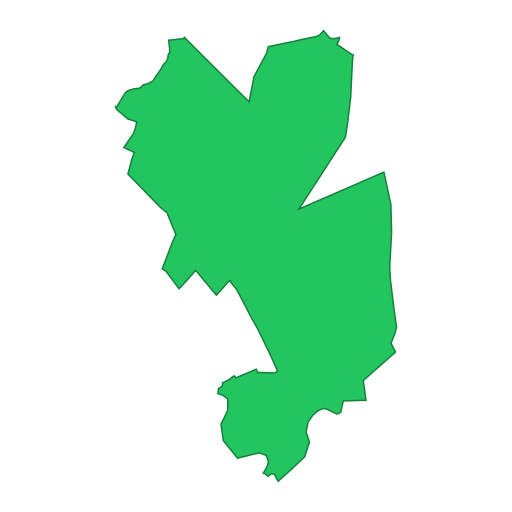 outline of Eleme, Rivers, Nigeria
{"feature_id": "59680162B65190975434062", "entity_name": "Eleme", "entity_type": "district", "adm_level": 2, "iso_a3": "NGA", "parent_name": "Nigeria", "parent_adm1": "Rivers", "projection": "natural_earth1", "projection_center": [7.122, 4.777], "detail": "fine", "context": "isolated", "style": "filled", "palette": "green", "viewbox_px": 512, "rotation_deg": 0, "n_neighbors": 0, "source": "geoboundaries", "source_scale": "gbopen_adm2", "svg_char_len": 2294}
<svg xmlns="http://www.w3.org/2000/svg" viewBox="0 0 512 512"><path d="M237.5,458.2L253.6,454.2L259.4,452.9L266.2,455.4L268.4,461.3L267.4,465.9L263.3,473.2L264.9,473.7L268.2,476.3L270.8,474.0L274.2,474.0L278.1,481.3L292.5,468.3L304.6,456.9L309.5,442.1L306.1,432.0L308.1,422.0L312.9,415.1L318.5,410.5L322.0,409.0L323.7,408.5L325.9,408.8L337.2,414.1L340.7,412.4L343.3,400.9L366.0,400.3L363.3,380.5L395.6,352.0L391.0,343.3L395.2,332.8L396.5,327.1L395.5,319.6L394.1,309.5L390.5,280.4L389.7,266.9L391.6,232.7L390.9,204.5L383.9,172.1L299.0,209.0L345.4,137.2L347.8,121.6L350.7,97.0L352.5,59.6L353.2,54.9L351.8,54.5L348.2,51.9L345.9,50.5L342.8,48.3L341.3,47.3L338.6,45.5L336.9,44.4L338.5,41.3L339.3,38.8L339.6,37.5L335.7,38.4L333.0,38.6L331.8,38.6L330.7,38.3L330.3,38.1L329.1,37.3L327.0,34.8L323.6,30.7L322.6,31.8L321.3,33.2L319.8,34.8L318.5,35.7L316.6,36.4L315.4,36.8L312.7,37.2L302.9,39.2L292.4,41.7L268.3,46.6L266.6,53.1L264.3,57.4L254.0,76.6L249.1,101.8L229.2,82.1L200.7,53.7L184.3,37.3L183.7,38.5L174.8,39.6L168.7,40.2L169.9,52.1L168.6,53.9L168.1,55.6L167.8,58.1L166.7,60.8L165.8,62.5L164.6,63.1L163.0,65.2L160.5,69.6L157.7,73.8L155.4,77.0L153.8,79.6L153.0,81.0L151.4,81.8L148.6,83.2L147.5,83.9L143.5,84.7L142.6,85.4L140.7,87.4L139.8,88.1L138.7,88.3L133.8,88.9L132.4,89.3L130.3,89.8L128.9,90.4L127.3,91.1L125.8,92.3L124.5,94.1L123.4,95.8L121.2,99.5L119.7,102.0L118.1,104.6L117.3,106.2L116.7,106.5L115.5,106.5L115.5,107.2L115.9,108.2L117.0,109.7L118.1,110.7L119.8,112.1L121.2,113.3L124.0,115.7L125.7,117.1L127.3,118.6L128.4,119.2L130.9,119.9L136.7,121.9L136.3,124.0L135.9,125.9L135.5,127.5L134.6,130.5L133.0,134.3L123.8,147.5L134.4,152.5L132.2,158.0L127.9,174.0L160.3,207.3L167.0,212.8L175.9,234.7L173.2,240.2L162.2,268.9L166.0,271.3L179.1,288.8L187.6,279.6L195.7,270.4L216.4,295.2L222.8,288.1L226.5,283.6L228.3,281.9L228.8,281.5L230.1,280.5L231.5,283.2L234.0,286.3L236.9,289.9L250.3,315.7L258.1,329.7L270.5,355.3L277.6,371.1L275.5,372.5L274.0,373.0L272.6,372.9L258.6,372.4L257.7,372.8L256.4,369.3L256.2,369.2L253.6,370.3L243.1,374.8L235.9,377.8L235.3,377.0L234.0,375.9L233.1,376.4L231.0,378.1L228.6,379.9L222.6,382.8L222.1,386.3L218.5,388.5L217.9,393.6L223.4,395.6L227.7,398.8L227.7,410.0L224.6,416.9L221.0,424.1L223.3,440.6L237.5,458.2Z" fill="#22c55e" stroke="#15803d" stroke-width="1.5"/></svg>